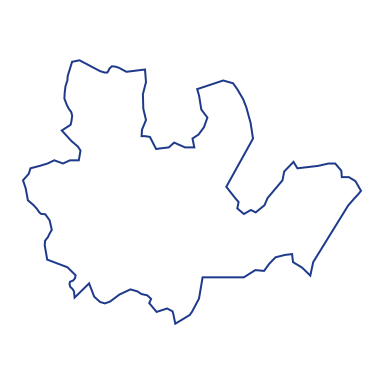 outline of Madona
{"feature_id": "LVA-1087", "entity_name": "Madona", "entity_type": "Municipality", "adm_level": 1, "iso_a3": "LVA", "parent_name": "Latvia", "parent_adm1": "", "projection": "mercator", "projection_center": [26.234, 56.844], "detail": "fine", "context": "isolated", "style": "outline", "palette": "blue", "viewbox_px": 384, "rotation_deg": 0, "n_neighbors": 0, "source": "natural_earth", "source_scale": "10m", "svg_char_len": 1790}
<svg xmlns="http://www.w3.org/2000/svg" viewBox="0 0 384 384"><path d="M361.0,190.8L358.4,194.1L354.0,198.8L348.1,205.6L313.2,262.1L310.3,275.6L302.2,267.7L293.0,262.1L292.1,254.1L285.1,254.9L275.5,257.3L269.3,263.7L264.1,270.9L255.3,270.1L243.9,277.3L202.6,277.3L199.0,298.6L192.0,311.8L189.7,315.0L175.3,323.7L173.3,314.0L172.5,311.3L167.1,308.5L156.6,311.9L149.2,303.1L151.1,298.9L147.2,295.3L141.3,294.0L137.5,291.4L130.4,289.4L119.5,294.5L110.0,301.6L104.9,303.4L100.1,302.0L94.2,296.7L89.1,283.4L74.6,297.6L74.0,291.5L72.7,289.2L70.2,286.8L69.5,283.9L70.0,281.8L73.2,280.5L75.0,278.2L75.6,275.3L67.5,267.3L47.2,259.6L44.7,245.1L45.1,240.7L48.0,237.0L49.9,233.0L51.8,229.9L49.6,220.3L45.3,214.3L40.9,213.8L39.3,212.3L36.8,208.7L33.6,205.2L27.9,200.3L25.7,188.4L23.0,180.3L28.7,173.9L30.5,168.3L39.7,165.9L47.6,163.5L54.2,160.3L63.0,163.5L70.0,160.3L78.8,160.3L80.5,150.6L77.9,146.6L71.3,140.9L61.8,130.5L70.6,124.8L71.4,121.4L72.2,115.7L71.2,112.0L68.7,108.6L66.8,104.9L64.4,98.6L64.7,92.7L65.5,86.2L67.4,80.4L67.7,76.0L72.1,61.8L79.5,60.3L100.0,71.1L104.4,72.5L107.3,72.5L108.5,70.7L109.4,68.6L111.9,66.3L115.3,66.6L118.8,67.7L126.4,71.8L145.0,69.5L146.0,82.1L142.9,94.2L143.3,108.7L146.0,120.0L142.0,129.7L141.6,136.1L144.6,136.1L149.9,136.9L156.1,149.0L161.8,148.2L168.8,147.4L174.1,142.6L185.0,147.4L194.3,147.4L192.5,138.5L198.6,134.5L203.9,127.3L207.4,117.6L201.3,109.5L199.1,95.8L197.2,89.1L223.2,80.5L233.1,83.3L237.4,89.4L243.1,99.1L246.3,107.3L250.6,122.9L253.0,138.6L226.3,186.8L235.1,198.0L238.6,202.0L237.3,208.4L243.9,214.0L250.9,210.0L255.7,212.4L264.5,205.2L267.6,198.0L282.5,180.3L284.2,171.5L293.5,161.9L297.4,168.3L318.0,165.9L328.6,163.5L335.2,163.5L341.3,170.7L341.8,177.1L348.8,177.1L355.4,181.1L361.0,190.8Z" fill="none" stroke="#1e3a8a" stroke-width="2"/></svg>